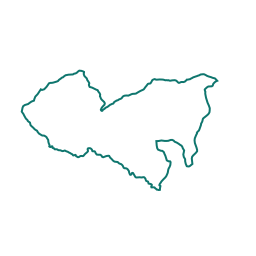 Dungmin, Pemagatsel, Bhutan, rotated 165°
{"feature_id": "84629894B90871610259656", "entity_name": "Dungmin", "entity_type": "district", "adm_level": 2, "iso_a3": "BTN", "parent_name": "Bhutan", "parent_adm1": "Pemagatsel", "projection": "albers", "projection_center": [91.278, 26.981], "detail": "fine", "context": "isolated", "style": "outline", "palette": "teal", "viewbox_px": 256, "rotation_deg": 165, "n_neighbors": 0, "source": "geoboundaries", "source_scale": "gbopen_adm2", "svg_char_len": 5886}
<svg xmlns="http://www.w3.org/2000/svg" viewBox="0 0 256 256"><g transform="rotate(165 128 128)"><path d="M75.1,76.6L74.3,82.0L73.5,83.6L72.2,84.6L69.1,86.3L67.3,87.6L66.9,89.0L66.9,91.4L67.3,96.2L66.9,98.9L66.1,100.8L63.8,103.8L63.2,104.4L62.7,105.0L62.7,105.5L62.0,106.2L60.2,107.2L59.3,108.3L56.7,112.1L56.3,113.2L54.6,115.0L53.3,117.4L52.7,117.9L48.8,119.6L47.0,120.5L46.0,121.3L45.2,122.2L44.5,124.0L43.9,126.0L44.1,128.8L44.6,131.8L44.8,137.0L44.5,141.1L44.2,142.2L43.9,142.9L44.0,143.6L44.0,145.1L43.7,145.5L41.3,146.8L39.7,147.3L36.3,146.6L35.2,147.0L34.1,148.7L32.8,149.5L31.8,150.0L30.9,150.3L29.6,150.5L30.6,152.4L31.2,153.4L32.2,154.0L32.7,154.2L33.6,154.8L34.6,155.6L36.8,156.9L38.4,158.1L38.6,158.4L40.3,160.0L41.4,160.5L44.1,160.9L45.4,160.5L47.3,160.4L47.8,160.3L49.9,160.2L50.7,160.1L51.8,160.1L52.6,159.8L55.0,159.3L55.4,159.1L58.1,159.3L58.6,159.5L59.5,158.9L61.1,158.1L62.5,158.0L63.4,158.3L64.4,158.6L65.4,158.6L66.2,158.4L66.8,158.4L67.3,158.5L67.7,158.9L68.0,159.3L68.5,160.3L69.4,161.5L70.5,162.1L71.5,162.3L72.5,162.5L72.9,162.6L74.7,162.7L75.6,163.0L76.6,163.7L77.1,163.7L78.3,164.2L79.3,164.4L79.7,164.5L81.1,165.4L82.0,165.8L84.9,166.7L87.6,167.2L88.5,167.5L89.5,168.3L90.4,168.3L91.2,168.2L92.0,168.0L92.5,167.6L93.0,166.9L94.1,165.9L94.4,165.6L94.8,165.3L95.6,165.3L96.7,165.5L97.4,165.4L97.7,165.2L99.2,164.0L100.5,163.1L102.7,161.3L104.2,160.9L104.7,160.9L106.8,160.5L109.8,159.7L111.3,159.2L112.3,159.3L112.7,159.4L113.1,159.4L113.8,159.6L115.1,159.8L116.9,159.6L117.7,159.4L119.4,159.2L120.7,159.7L121.6,159.9L123.0,160.1L123.9,160.0L124.3,159.9L125.0,159.6L126.1,158.7L126.5,158.4L127.1,158.2L129.3,157.9L129.8,157.8L130.4,157.5L131.0,157.4L131.8,157.5L132.3,157.4L132.9,157.1L134.3,156.8L134.6,156.6L135.2,156.1L135.6,155.6L135.9,155.4L137.3,155.4L138.0,155.2L139.1,155.1L142.4,153.7L143.8,153.5L144.8,153.2L145.1,152.9L145.8,152.6L147.4,152.1L147.7,151.9L148.3,151.3L149.0,151.4L149.3,151.8L149.5,152.3L149.5,152.7L148.1,154.4L146.2,155.7L144.7,156.6L144.0,157.9L144.3,159.3L145.8,161.7L146.5,163.2L146.7,165.3L146.9,165.8L146.2,167.6L146.5,169.2L147.3,171.0L147.4,171.9L147.6,172.5L148.6,173.1L152.1,176.2L152.7,176.6L154.4,177.6L154.6,178.8L154.6,179.3L154.6,179.8L153.8,181.3L154.4,183.6L154.8,184.3L154.9,184.6L154.9,185.7L155.1,186.8L155.9,188.1L156.7,189.7L156.8,191.4L156.7,191.8L156.6,192.2L156.2,192.7L156.0,193.6L156.9,194.4L158.3,195.3L160.2,196.0L161.1,195.7L162.0,195.3L163.0,194.7L164.4,194.3L166.1,194.4L167.3,194.0L171.7,194.9L174.7,195.1L175.2,194.9L176.1,194.6L177.7,193.8L178.5,193.8L179.4,193.5L179.9,193.2L182.2,192.4L183.4,191.5L184.8,191.3L188.5,191.2L189.7,191.3L191.5,191.7L192.8,191.6L194.5,190.1L196.1,188.8L198.9,187.1L201.3,187.0L202.2,187.9L206.5,184.1L209.4,182.3L211.1,180.0L211.7,178.8L214.4,178.5L216.6,177.7L218.3,177.0L221.7,176.9L223.6,176.2L224.6,174.9L226.4,171.3L225.3,168.3L225.1,167.0L224.2,163.5L223.5,162.4L223.0,161.4L223.0,160.8L222.5,160.0L221.8,159.2L221.5,158.9L221.3,158.5L221.4,156.1L221.0,155.2L219.2,152.4L218.8,151.5L218.2,150.6L217.4,149.7L216.8,149.2L216.5,148.7L216.4,147.9L215.4,145.6L214.5,144.7L213.2,143.3L212.7,142.9L212.0,142.7L210.9,142.3L209.7,141.1L209.2,140.4L209.0,140.0L208.8,139.0L208.2,137.2L208.3,136.3L208.5,135.4L208.5,134.6L208.5,133.6L208.2,131.7L208.4,131.2L208.8,130.6L208.6,130.2L208.2,129.9L207.8,129.7L207.4,129.7L206.6,130.0L206.1,130.0L205.8,129.7L205.8,129.3L206.0,128.8L206.0,128.4L205.7,128.1L204.9,127.7L204.4,126.6L204.1,126.3L203.6,126.2L203.2,126.2L202.0,125.7L201.7,125.4L201.1,124.7L200.7,124.5L199.5,124.1L199.0,123.9L197.6,122.8L197.1,122.6L196.3,122.5L195.4,122.6L195.0,122.6L194.6,122.4L193.7,121.5L192.6,120.8L192.3,120.6L191.4,119.6L190.3,118.7L189.6,117.9L188.6,117.0L188.1,115.8L187.7,115.6L187.2,115.6L185.9,115.7L185.6,115.5L185.5,114.6L185.3,114.1L185.0,113.8L184.3,113.2L184.1,112.9L183.7,112.7L182.8,112.7L182.0,113.0L181.2,113.2L180.3,113.1L178.8,112.5L178.1,112.7L177.0,113.5L175.9,114.2L173.9,115.1L172.8,115.8L172.6,116.2L172.5,117.9L172.3,118.3L172.0,118.6L171.5,118.7L170.7,118.5L169.9,118.3L169.2,117.7L168.9,117.3L168.5,116.5L168.4,116.1L168.5,115.2L168.3,114.8L167.9,114.6L167.1,114.4L166.3,114.1L166.0,113.7L165.9,113.3L165.8,112.4L165.6,111.6L165.0,110.4L163.5,109.8L162.2,109.5L161.8,109.4L160.9,108.4L160.7,108.0L160.6,107.1L160.3,106.8L160.0,106.5L159.6,106.2L159.2,106.2L156.1,106.5L155.2,106.4L153.9,106.2L153.4,105.9L153.2,105.0L152.9,104.0L151.8,102.2L151.0,100.6L150.4,99.7L149.5,98.9L147.5,98.1L146.8,97.8L146.4,97.2L146.0,96.4L145.4,95.8L143.9,94.8L143.3,93.9L143.0,93.3L142.8,92.7L142.5,90.8L141.9,90.1L140.4,89.6L139.7,89.1L139.1,88.4L138.3,86.2L138.4,84.6L138.2,82.9L138.1,82.5L137.9,82.2L137.3,82.1L136.8,82.4L136.3,82.8L135.7,83.5L135.3,83.5L134.9,83.3L134.7,82.9L133.8,79.6L133.5,78.7L132.9,78.1L132.1,77.9L129.5,77.4L127.7,76.7L127.0,76.6L126.1,76.6L125.6,76.4L125.0,76.1L124.3,74.6L124.3,73.5L124.2,72.5L124.0,72.1L122.7,71.2L122.5,70.8L122.5,69.3L122.5,69.0L121.8,68.6L121.1,68.3L120.5,68.0L120.1,67.6L119.8,67.2L119.7,66.8L120.8,65.2L120.7,64.6L119.8,64.4L118.1,63.9L117.6,63.5L117.4,62.8L116.4,61.6L116.2,61.1L115.8,60.9L115.2,60.7L114.7,60.3L114.2,60.1L113.2,60.0L112.9,60.9L112.5,62.0L111.9,63.0L111.7,63.7L111.9,63.9L112.4,64.3L112.5,64.7L112.1,65.3L111.4,66.1L110.4,66.8L109.7,67.6L107.2,69.2L105.1,70.4L104.1,71.1L103.4,71.7L102.1,73.3L101.2,74.5L99.9,77.3L99.1,78.5L98.2,79.3L96.9,81.0L96.5,81.8L95.7,84.0L96.0,84.9L97.4,85.3L98.9,86.7L99.1,91.6L99.5,93.7L99.6,95.3L100.7,97.0L102.1,97.5L103.6,98.6L104.6,99.4L105.0,101.0L104.8,103.7L104.0,108.0L101.7,107.5L99.0,107.3L95.6,105.9L92.6,105.2L89.9,105.4L89.0,105.2L88.5,105.1L87.2,104.1L86.5,102.7L84.6,101.2L83.1,99.6L82.0,98.2L80.9,97.1L80.4,95.6L80.3,94.2L79.6,91.8L80.5,89.9L81.4,88.2L81.6,85.7L80.9,83.1L81.4,81.0L81.5,78.5L81.1,75.9L80.1,75.4L79.5,75.2L79.0,75.1L78.4,75.2L77.8,75.4L75.1,76.6Z" fill="none" stroke="#0f766e" stroke-width="2"/></g></svg>